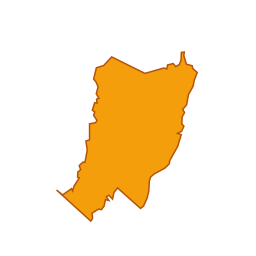 Napa, California, United States of America (Robinson projection), rotated 42°
{"feature_id": "52423323B42957866846180", "entity_name": "Napa", "entity_type": "district", "adm_level": 2, "iso_a3": "USA", "parent_name": "United States of America", "parent_adm1": "California", "projection": "robinson", "projection_center": [-122.326, 38.51], "detail": "fine", "context": "isolated", "style": "filled", "palette": "amber", "viewbox_px": 256, "rotation_deg": 42, "n_neighbors": 0, "source": "geoboundaries", "source_scale": "gbopen_adm2", "svg_char_len": 1156}
<svg xmlns="http://www.w3.org/2000/svg" viewBox="0 0 256 256"><g transform="rotate(42 128 128)"><path d="M119.0,33.9L117.1,36.2L121.9,42.0L123.7,46.4L122.4,50.4L118.4,49.9L115.2,54.7L117.3,58.1L114.5,59.4L104.0,76.1L68.3,86.1L68.1,97.9L64.2,104.4L69.7,114.6L73.7,115.3L78.2,117.4L81.5,123.8L86.5,125.3L85.4,127.5L88.3,130.2L86.3,131.5L89.6,138.6L92.5,138.3L94.0,141.6L99.8,143.1L100.4,145.7L96.6,150.6L107.4,162.6L105.4,165.8L112.6,171.8L119.0,182.4L117.3,183.5L116.9,188.6L120.7,190.7L120.1,194.1L123.4,198.3L125.1,197.7L126.8,207.5L128.9,211.8L126.6,210.9L124.2,221.4L116.4,221.9L162.6,222.1L162.5,220.0L161.8,218.5L158.3,215.5L160.3,208.0L162.9,206.5L162.5,202.1L159.2,196.3L162.3,194.7L157.9,193.6L158.9,190.8L164.1,191.2L160.8,185.5L160.3,179.5L176.0,179.5L191.1,179.4L191.8,175.8L189.2,167.5L185.8,161.2L179.5,153.3L177.6,149.4L178.2,144.5L182.3,133.0L182.6,127.0L180.8,124.2L177.2,108.3L172.0,97.3L168.4,98.9L170.0,94.5L168.4,89.3L165.2,88.9L160.8,83.5L159.7,78.7L156.2,77.5L156.1,71.6L150.6,62.8L148.5,53.6L145.4,48.4L142.3,40.4L136.4,40.5L134.0,38.8L128.8,41.5L121.2,37.0L119.0,33.9Z" fill="#f59e0b" stroke="#b45309" stroke-width="1.5"/></g></svg>